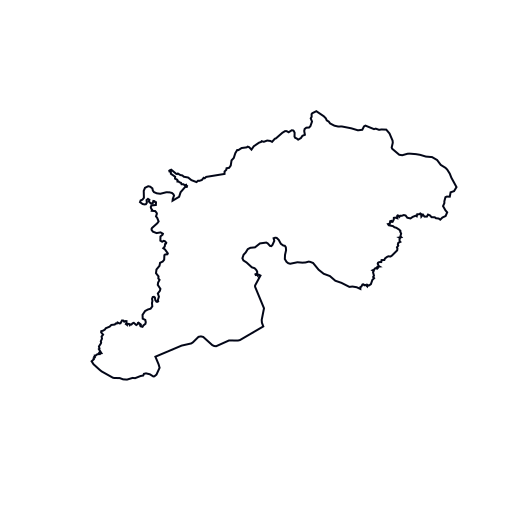 Nong Muang Khai, Phrae, Thailand, rotated 126°
{"feature_id": "78962969B85613240213831", "entity_name": "Nong Muang Khai", "entity_type": "district", "adm_level": 2, "iso_a3": "THA", "parent_name": "Thailand", "parent_adm1": "Phrae", "projection": "robinson", "projection_center": [100.171, 18.294], "detail": "fine", "context": "isolated", "style": "outline", "palette": "ink", "viewbox_px": 512, "rotation_deg": 126, "n_neighbors": 0, "source": "geoboundaries", "source_scale": "gbopen_adm2", "svg_char_len": 6131}
<svg xmlns="http://www.w3.org/2000/svg" viewBox="0 0 512 512"><g transform="rotate(126 256 256)"><path d="M103.4,292.3L107.4,294.4L108.6,294.4L110.7,292.8L112.5,292.6L114.3,289.7L119.0,288.3L120.9,288.6L122.6,290.7L124.6,291.3L126.5,290.5L129.2,287.7L131.5,289.1L134.2,289.0L137.1,290.3L137.0,292.4L137.4,293.6L136.8,295.0L133.6,297.2L132.7,298.8L132.6,299.8L133.3,301.0L136.7,302.3L137.0,304.6L137.9,305.9L140.8,307.1L149.1,309.0L150.1,309.7L154.2,310.1L154.5,312.0L156.0,314.8L159.0,316.8L159.8,318.9L160.5,318.8L162.6,320.2L168.5,322.3L172.6,322.2L172.0,325.5L172.4,327.0L173.6,327.4L177.1,331.1L180.7,332.5L181.3,333.5L184.9,333.2L189.8,331.6L193.0,332.0L197.7,329.6L200.5,329.6L202.3,331.4L203.8,330.7L206.1,331.1L208.1,329.7L221.3,342.8L223.3,343.2L223.5,344.3L226.4,344.5L228.6,346.1L229.1,347.1L231.2,347.6L232.6,352.9L232.4,357.0L234.3,361.0L234.1,362.9L235.0,364.8L235.2,367.7L236.1,368.0L236.4,368.8L236.0,375.3L237.5,376.2L238.0,376.3L238.5,375.6L237.8,374.5L239.5,373.2L239.4,368.0L241.0,367.0L240.6,364.5L241.9,363.3L241.2,362.6L241.4,361.4L240.9,359.7L241.7,358.4L240.6,356.8L240.7,355.3L239.5,354.4L240.0,353.9L239.9,352.9L240.8,352.6L241.8,353.9L248.7,354.5L253.3,353.0L260.3,356.0L258.7,356.9L255.3,357.8L254.6,359.1L254.4,361.0L255.3,363.3L257.1,366.0L261.9,370.0L263.6,373.1L264.3,376.1L263.7,377.9L262.2,379.6L262.1,382.3L262.9,384.2L266.1,385.9L269.3,385.1L274.8,380.9L277.2,381.0L278.8,382.0L280.6,381.5L280.6,378.3L279.8,376.5L278.8,375.5L277.1,375.6L275.1,377.4L273.3,377.0L273.2,375.3L274.9,374.7L275.3,372.1L274.0,370.6L271.8,371.4L271.3,370.4L271.7,369.7L271.3,368.5L273.6,367.0L276.6,370.3L278.3,369.9L279.3,368.6L279.6,367.3L280.7,366.9L278.9,363.9L279.5,361.8L280.1,361.0L282.7,360.2L283.3,358.2L285.3,355.1L287.5,355.1L294.4,356.6L295.5,356.4L296.3,355.7L296.9,353.7L295.9,349.9L293.0,347.1L292.7,344.4L293.6,344.1L296.3,344.8L299.8,342.4L299.6,340.3L298.0,339.6L297.6,338.4L298.0,336.4L298.8,336.1L299.7,336.6L302.0,335.4L304.2,335.6L304.2,333.5L305.7,328.9L306.7,328.7L308.2,330.4L309.2,330.6L313.0,328.1L315.3,328.2L317.9,329.6L320.7,328.3L325.4,328.6L328.7,326.8L329.8,322.9L331.6,321.8L332.0,320.0L335.0,319.6L337.1,318.5L338.8,314.0L340.7,313.3L344.0,313.4L346.0,310.6L349.4,309.5L350.1,308.5L350.9,308.7L351.5,309.6L350.9,311.5L349.0,313.4L349.0,314.6L349.9,315.4L351.8,314.9L353.2,313.4L355.2,312.5L357.7,310.3L360.6,310.3L362.8,312.0L365.7,313.4L370.3,313.2L373.3,310.8L372.8,308.0L374.3,306.3L375.9,305.6L378.3,306.3L380.0,306.2L380.7,308.0L380.5,308.6L379.9,308.5L379.6,309.3L379.1,309.2L379.0,311.9L379.4,312.1L379.9,311.5L382.2,312.3L381.9,315.6L383.0,316.3L384.7,316.5L385.2,317.5L386.1,317.5L385.6,318.7L386.8,320.9L387.5,320.2L387.5,321.3L386.3,321.4L384.8,322.5L385.5,323.5L386.6,324.0L386.2,325.3L386.9,326.5L390.1,326.1L390.8,326.8L391.2,329.0L392.5,328.9L393.0,329.8L394.5,330.0L396.8,332.5L399.2,332.9L402.8,335.1L404.2,335.0L406.1,335.7L407.8,337.0L408.8,336.4L409.5,333.5L411.9,333.6L413.4,332.0L416.3,331.4L416.9,330.5L417.9,330.1L421.5,329.9L422.9,328.2L423.7,328.4L425.5,323.9L426.0,324.4L426.2,326.0L426.8,326.0L427.4,325.0L428.7,326.6L430.7,327.2L431.3,327.9L431.8,327.4L432.6,327.6L432.9,326.8L434.2,327.3L434.8,326.5L437.8,327.1L439.1,323.8L440.0,315.3L440.1,313.0L438.6,300.3L438.0,298.9L434.9,294.6L433.9,291.0L431.8,287.7L427.2,284.2L425.9,282.0L420.9,278.8L419.0,277.0L417.2,277.4L415.6,276.0L414.1,272.4L413.8,268.3L413.1,267.5L410.5,266.8L403.1,268.3L400.9,271.1L396.6,278.2L372.2,263.5L364.8,257.0L363.0,256.3L355.2,255.0L353.4,253.3L352.5,251.1L353.8,239.0L353.4,236.9L352.4,235.2L340.2,228.2L335.0,220.9L333.5,219.6L308.7,208.7L306.5,212.0L304.4,213.8L293.6,218.8L281.4,238.7L280.4,239.4L269.2,240.9L269.5,243.0L270.0,243.6L270.9,243.1L270.6,244.2L271.5,245.0L271.1,245.7L269.8,245.0L269.0,245.1L267.9,245.9L267.1,247.7L266.7,250.0L267.6,252.7L266.8,259.8L267.0,263.6L265.8,265.7L262.2,266.8L259.3,266.4L255.3,266.7L252.7,265.4L249.6,261.9L243.5,260.2L239.1,255.6L238.9,253.9L239.6,250.6L239.0,249.4L237.4,249.2L233.0,250.1L231.3,252.2L229.9,251.2L229.2,249.9L229.6,247.1L231.5,243.1L231.5,240.1L230.8,238.7L231.4,237.0L233.6,235.1L238.0,233.2L241.5,230.9L242.8,227.9L242.9,225.8L242.2,223.8L236.7,218.8L234.1,214.5L232.1,212.1L229.6,210.1L228.9,208.7L228.1,205.7L230.3,197.3L230.6,190.8L228.8,184.4L229.4,177.3L227.5,171.1L226.1,162.3L224.0,160.0L222.1,156.2L221.3,152.2L219.8,153.3L218.8,152.8L216.5,153.1L215.9,152.7L216.0,151.2L215.4,151.0L215.0,150.1L215.2,148.3L213.9,149.0L213.7,147.4L211.3,146.5L206.9,147.8L204.5,147.4L204.1,148.9L202.6,149.0L200.4,151.7L199.0,152.0L199.1,153.3L197.4,152.4L196.1,152.4L195.0,151.7L195.1,150.6L194.0,150.4L193.3,151.3L191.9,149.8L192.0,150.8L190.7,153.0L189.7,153.3L188.5,152.7L187.3,151.1L185.5,152.0L183.8,149.8L182.2,150.2L179.8,149.5L178.4,148.7L177.4,146.9L175.9,146.3L168.5,145.1L166.9,145.9L166.1,147.1L164.0,147.0L163.2,148.1L161.7,148.6L159.8,147.6L159.7,148.4L158.1,149.7L156.8,150.0L156.9,151.0L155.4,149.5L155.1,150.8L152.5,151.8L151.6,153.6L150.9,153.8L150.5,155.4L150.7,159.1L151.4,160.9L151.3,162.7L153.1,166.7L152.6,168.0L151.1,166.8L149.0,167.9L148.1,167.2L148.6,166.3L148.1,165.6L145.5,166.0L144.1,166.9L143.1,165.9L142.4,163.8L140.8,165.3L139.9,165.3L139.6,164.5L140.1,163.0L138.6,162.9L137.8,161.7L136.0,160.5L135.3,158.8L136.1,156.1L134.8,153.1L132.2,152.2L129.5,150.5L129.4,149.3L127.5,150.1L126.2,148.4L125.0,148.1L125.0,147.2L126.9,145.4L124.4,145.3L125.1,142.9L123.7,140.9L121.4,141.2L120.9,139.1L121.4,136.8L119.6,134.1L119.7,132.7L118.3,130.2L118.3,128.3L115.3,127.8L112.2,126.1L108.3,127.0L107.7,129.6L105.7,134.0L102.5,134.7L101.0,135.8L97.1,137.3L95.8,136.6L94.1,134.1L90.1,136.0L87.1,133.9L82.4,134.3L77.8,144.0L75.5,147.6L73.7,152.1L73.3,154.5L73.7,160.1L71.9,165.9L72.5,171.7L75.7,177.0L77.7,182.7L79.6,186.5L82.9,191.9L84.2,193.5L88.5,196.9L89.9,199.6L89.2,208.8L88.5,210.0L84.0,211.9L82.4,213.3L78.4,220.0L77.2,224.9L79.9,228.9L81.6,230.6L82.6,234.0L84.0,235.1L86.2,244.1L87.7,244.8L91.4,244.2L94.4,247.4L96.7,254.0L100.7,262.6L103.0,265.7L104.5,269.2L105.2,274.0L104.5,276.1L104.7,278.5L103.6,280.4L103.1,283.3L103.4,292.3Z" fill="none" stroke="#020617" stroke-width="2"/></g></svg>